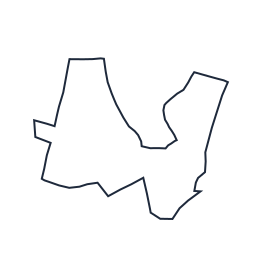 outline of Qalat Saleh, Maysan, Iraq, rotated 201°
{"feature_id": "34846034B15043886970359", "entity_name": "Qalat Saleh", "entity_type": "district", "adm_level": 2, "iso_a3": "IRQ", "parent_name": "Iraq", "parent_adm1": "Maysan", "projection": "orthographic", "projection_center": [47.323, 31.48], "detail": "fine", "context": "isolated", "style": "outline", "palette": "slate", "viewbox_px": 256, "rotation_deg": 201, "n_neighbors": 0, "source": "geoboundaries", "source_scale": "gbopen_adm2", "svg_char_len": 1130}
<svg xmlns="http://www.w3.org/2000/svg" viewBox="0 0 256 256"><g transform="rotate(201 128 128)"><path d="M65.4,54.8L53.9,59.0L51.1,71.6L45.9,81.8L37.6,94.8L43.5,93.0L45.1,101.4L44.7,106.5L40.3,114.4L43.5,124.6L47.1,133.0L49.8,158.2L50.6,171.7L51.8,192.2L51.2,206.6L55.7,206.8L62.8,206.0L70.0,205.3L86.2,203.8L87.3,198.7L88.1,192.1L89.9,183.5L94.4,177.7L98.7,170.1L101.3,165.0L102.2,162.5L101.3,157.2L99.0,153.1L96.4,149.0L92.5,146.0L89.9,143.5L86.0,140.9L82.3,138.1L78.2,134.1L79.7,132.6L82.1,129.0L84.3,126.2L85.6,122.4L91.6,120.4L100.1,117.1L108.7,115.9L110.9,120.2L116.0,125.0L120.6,127.5L127.7,129.8L136.1,136.1L147.4,145.8L150.8,149.3L155.6,154.4L163.4,163.5L168.8,172.3L170.1,174.6L175.3,184.0L178.5,183.2L185.6,179.7L194.5,176.1L207.3,171.3L205.7,162.2L201.2,138.1L200.1,123.2L199.0,115.1L197.2,103.4L205.2,102.9L210.2,102.4L218.4,101.6L211.3,86.4L206.1,86.4L194.9,86.4L194.0,73.5L191.6,59.8L190.3,49.7L187.2,49.2L181.9,49.4L171.7,49.7L161.4,51.1L152.3,55.8L145.9,60.9L136.8,66.0L122.1,57.2L113.0,67.9L104.7,76.7L95.9,87.0L86.8,73.5L78.5,60.4L76.5,57.1L65.4,54.8Z" fill="none" stroke="#1e293b" stroke-width="2"/></g></svg>